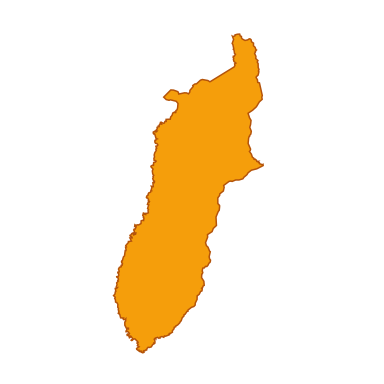 outline of Campo Grande, Mato Grosso do Sul, Brazil, rotated 59°
{"feature_id": "56859067B56402233795281", "entity_name": "Campo Grande", "entity_type": "district", "adm_level": 2, "iso_a3": "BRA", "parent_name": "Brazil", "parent_adm1": "Mato Grosso do Sul", "projection": "albers", "projection_center": [-54.243, -20.876], "detail": "fine", "context": "isolated", "style": "filled", "palette": "amber", "viewbox_px": 384, "rotation_deg": 59, "n_neighbors": 0, "source": "geoboundaries", "source_scale": "gbopen_adm2", "svg_char_len": 6071}
<svg xmlns="http://www.w3.org/2000/svg" viewBox="0 0 384 384"><g transform="rotate(59 192 192)"><path d="M275.9,317.5L276.3,318.8L277.3,319.6L277.2,320.2L277.8,320.5L278.5,318.9L281.1,318.5L281.5,319.6L280.5,320.5L280.9,321.3L281.6,321.4L281.8,320.7L283.2,320.3L284.7,320.7L284.7,319.8L283.6,319.3L284.0,318.7L287.8,318.3L288.5,316.6L291.9,315.7L293.1,315.6L293.3,316.1L292.7,316.4L293.3,317.0L294.9,316.7L295.6,318.0L297.4,317.1L297.5,319.5L297.7,320.2L298.4,320.4L300.1,319.7L300.2,319.0L301.4,319.3L301.9,318.9L301.7,318.4L302.4,318.3L302.5,317.3L303.4,317.8L304.5,317.0L304.7,315.8L303.6,315.7L303.2,315.0L303.9,314.3L303.5,313.3L304.1,312.3L303.0,311.2L302.5,309.6L303.3,308.6L303.8,306.6L302.6,304.5L302.5,303.1L301.9,302.7L302.6,302.3L302.4,301.6L300.6,300.5L298.7,300.2L298.5,299.6L298.4,299.0L299.2,298.7L298.4,298.3L298.9,296.3L300.1,295.9L300.7,294.5L300.0,294.1L300.4,292.2L302.0,291.0L301.2,289.8L302.0,288.9L302.7,284.9L302.4,284.4L301.9,284.8L301.6,284.2L302.1,283.5L302.1,281.0L300.9,280.4L300.0,277.9L298.8,276.9L299.1,275.4L298.5,274.9L298.6,272.8L297.8,269.8L297.0,268.7L296.9,267.7L294.8,265.2L294.1,262.7L293.1,262.1L293.2,260.8L291.7,257.6L292.1,256.9L291.1,256.2L290.6,251.8L291.1,249.4L290.6,247.6L288.9,246.4L286.7,243.0L283.7,241.1L283.4,238.5L281.7,235.9L281.9,234.4L280.2,233.0L279.5,233.3L279.2,231.9L278.3,230.9L278.3,229.6L274.6,227.8L270.3,227.9L267.4,225.9L267.4,225.2L266.4,224.1L265.1,224.0L263.2,222.4L262.8,221.9L263.4,220.5L262.7,218.8L263.5,217.7L263.1,216.2L261.8,214.2L261.6,212.8L260.8,211.9L259.9,211.2L258.6,211.4L256.4,210.7L252.6,207.1L251.9,207.4L247.5,206.7L245.4,207.3L242.4,206.5L238.7,201.8L236.5,200.7L236.3,195.2L234.2,192.5L233.3,188.3L225.8,184.3L222.4,179.8L221.6,178.0L218.8,175.9L217.7,175.3L215.2,175.8L210.3,172.9L209.2,170.1L207.9,169.2L207.3,164.6L204.5,162.0L202.7,161.5L202.0,154.8L202.7,153.0L203.6,152.2L204.2,148.3L205.9,145.5L206.9,141.6L206.1,139.9L205.5,136.1L204.4,134.0L203.9,129.9L205.5,124.5L206.0,117.4L204.9,116.9L204.9,117.5L202.6,119.5L201.5,119.1L201.1,119.8L200.0,119.9L199.9,119.3L199.1,120.7L198.0,120.4L196.3,121.0L196.2,121.8L195.6,122.0L195.0,121.6L193.2,122.3L190.1,121.6L186.8,121.9L186.5,120.8L185.4,119.7L179.3,118.9L175.1,115.8L174.1,114.8L174.0,114.0L173.3,113.6L172.6,111.7L170.5,109.9L166.3,109.2L164.4,107.1L161.0,104.5L158.2,104.5L153.4,103.4L153.1,97.8L152.1,92.9L149.4,87.8L148.7,84.1L146.6,83.3L145.6,82.1L133.2,78.0L131.9,79.2L129.4,78.1L126.8,78.1L126.3,77.5L125.9,75.2L124.0,73.3L123.0,72.6L122.5,72.8L121.5,71.5L119.3,71.1L116.0,69.2L114.2,69.2L113.3,67.8L110.4,68.6L108.6,67.3L105.5,67.0L104.6,65.4L104.0,65.3L103.5,63.6L102.9,63.9L100.4,63.4L98.3,64.0L96.1,62.6L93.9,63.6L91.8,62.9L90.5,63.5L90.2,64.3L90.3,65.9L89.4,68.5L86.7,70.1L85.4,70.2L84.1,69.5L83.0,70.3L81.2,69.8L80.1,71.9L79.5,74.2L80.2,74.6L80.0,76.7L79.3,77.1L82.7,77.8L85.4,81.1L86.6,81.0L90.6,82.4L90.9,83.1L92.1,82.9L95.1,84.2L96.3,83.8L97.5,86.0L96.9,86.6L97.7,87.4L98.9,87.4L99.8,88.3L101.8,88.8L104.1,88.0L104.1,89.5L105.6,90.0L106.5,91.4L106.8,119.1L106.7,119.9L104.6,121.0L100.9,125.2L100.5,127.1L101.6,132.4L100.9,133.9L101.1,136.5L102.2,136.7L103.8,141.4L105.2,142.4L106.1,144.4L104.3,145.6L103.1,147.4L101.2,152.9L99.4,152.3L98.1,152.9L95.2,155.3L93.6,157.6L96.1,167.4L99.5,166.5L101.6,164.4L101.8,163.1L106.1,158.8L108.9,158.4L112.3,160.9L113.8,162.4L113.9,163.8L115.5,165.0L115.3,165.6L114.5,165.7L114.4,167.8L116.0,169.6L116.8,171.8L118.4,173.1L116.4,176.8L118.1,177.7L117.5,178.3L117.7,179.1L118.6,180.1L118.2,181.3L116.2,182.5L116.1,183.2L118.0,183.3L117.1,184.3L117.6,185.4L118.9,186.4L118.1,187.0L119.0,188.2L118.7,188.7L119.9,189.2L120.7,191.4L121.3,191.6L121.8,190.6L122.1,191.3L121.9,192.1L120.7,192.6L120.7,194.4L122.0,195.0L122.7,194.8L122.6,194.2L123.2,194.1L127.3,195.2L128.5,194.5L128.3,195.6L129.0,196.5L128.7,197.2L130.0,198.1L131.4,198.2L132.4,197.1L134.1,197.0L134.6,198.2L134.1,199.2L134.5,199.6L136.3,199.7L136.6,200.9L137.9,201.2L139.2,203.7L140.8,205.4L142.7,206.1L143.5,207.3L145.4,208.2L146.3,207.0L147.1,206.9L147.5,208.0L147.0,209.7L149.3,211.3L148.7,211.9L148.7,213.8L149.2,214.2L152.3,213.6L153.5,215.2L156.4,216.4L158.0,216.2L158.5,217.4L159.3,217.5L160.3,218.8L162.9,219.2L163.3,218.6L164.0,218.9L164.6,219.5L163.8,220.7L167.4,222.4L166.1,223.9L167.6,224.1L168.9,225.7L170.1,225.9L169.7,226.6L170.8,227.6L170.5,229.6L171.3,230.8L172.0,231.0L172.1,232.6L173.0,233.8L173.7,233.9L174.4,233.1L176.8,233.3L177.0,234.0L177.7,234.1L178.3,233.5L178.8,234.3L178.3,234.8L178.7,235.5L179.7,236.6L180.7,235.7L183.3,238.6L184.5,238.3L185.2,239.2L187.3,240.1L187.2,241.4L186.5,242.6L187.5,243.3L186.5,244.3L185.7,243.9L185.0,244.5L186.7,246.3L188.1,246.2L188.9,246.9L189.6,246.6L191.5,248.2L190.9,248.7L190.5,250.4L192.8,252.0L192.7,254.8L191.9,255.9L191.7,257.4L190.7,257.8L192.0,258.9L192.5,257.7L193.1,257.8L194.5,259.9L194.0,260.6L194.5,261.5L195.8,261.6L197.3,262.5L198.2,261.2L199.1,262.1L198.7,264.2L197.4,264.0L197.4,263.3L196.7,263.6L196.6,265.0L197.3,266.5L197.2,267.5L197.8,267.7L199.8,266.7L200.5,266.9L199.4,268.9L202.9,269.2L201.7,272.0L202.4,272.2L203.8,276.4L205.3,276.5L205.1,277.4L207.7,278.3L208.2,278.9L207.8,279.4L212.0,282.8L212.3,284.2L215.1,287.2L214.9,287.7L215.4,288.3L216.5,288.7L217.3,288.3L218.7,289.4L218.3,290.2L218.7,290.8L219.6,291.1L219.2,293.0L220.2,294.7L222.4,295.2L222.9,295.6L222.5,296.8L223.1,297.3L223.9,296.9L225.6,297.6L226.3,298.6L225.8,300.1L226.5,300.3L227.4,299.6L228.9,300.0L229.7,301.3L230.4,301.1L231.1,303.4L232.8,304.0L234.5,306.0L235.1,306.2L235.5,305.3L235.8,306.2L235.2,307.5L238.0,308.5L238.1,309.2L239.8,310.6L240.4,312.6L242.7,312.0L243.6,313.2L244.6,313.0L247.0,314.2L248.0,313.4L250.1,313.4L252.5,315.0L253.8,314.9L255.0,315.9L256.6,316.1L257.1,316.9L258.2,316.8L258.2,317.6L259.8,317.0L263.1,318.0L264.8,315.6L265.3,316.4L266.2,316.3L266.9,314.8L266.7,314.2L268.5,315.4L268.9,316.6L271.6,318.2L275.1,318.4L275.9,317.5ZM275.9,317.5L275.6,317.0L276.0,316.6L276.6,317.0L275.9,317.5ZM288.2,320.3L288.4,319.6L288.2,318.9L287.5,320.0L287.7,320.5L288.2,320.3Z" fill="#f59e0b" stroke="#b45309" stroke-width="1.5"/></g></svg>